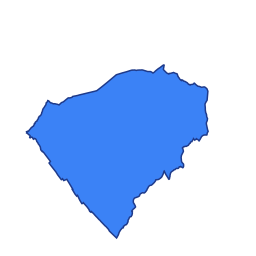 Ungureni, Bacau, Romania, rotated 48°
{"feature_id": "2599482B79247862068373", "entity_name": "Ungureni", "entity_type": "district", "adm_level": 2, "iso_a3": "ROU", "parent_name": "Romania", "parent_adm1": "Bacau", "projection": "robinson", "projection_center": [27.1, 46.557], "detail": "fine", "context": "isolated", "style": "filled", "palette": "blue", "viewbox_px": 256, "rotation_deg": 48, "n_neighbors": 0, "source": "geoboundaries", "source_scale": "gbopen_adm2", "svg_char_len": 5744}
<svg xmlns="http://www.w3.org/2000/svg" viewBox="0 0 256 256"><g transform="rotate(48 128 128)"><path d="M185.9,73.9L184.7,72.4L184.2,70.8L183.5,70.4L182.5,70.0L177.5,67.1L177.2,66.9L176.3,65.9L175.6,64.3L174.2,62.6L172.6,62.1L171.5,61.4L171.2,61.1L170.6,60.7L169.2,60.1L168.5,60.0L168.2,59.7L166.5,58.6L164.4,56.8L163.0,55.8L161.8,54.8L161.4,54.1L161.0,52.9L160.7,52.2L160.4,50.9L160.0,50.3L154.1,44.0L151.6,43.1L150.0,43.3L149.1,43.5L148.7,43.7L148.2,44.2L147.0,46.1L145.5,46.8L144.5,47.4L143.8,48.1L140.8,48.6L139.4,48.6L139.0,48.7L138.9,48.9L139.1,49.6L139.0,50.2L138.6,51.1L137.7,52.3L137.6,52.5L137.6,53.1L136.7,53.3L136.4,53.4L136.1,53.8L135.1,53.7L134.0,53.7L131.8,54.4L131.1,54.7L130.3,55.3L129.4,55.3L128.9,55.4L128.6,55.6L128.7,56.2L128.7,56.3L127.9,56.3L127.9,56.7L127.7,56.7L126.2,56.8L125.1,56.5L124.3,56.6L123.1,56.2L122.6,56.3L122.0,55.8L121.2,55.5L120.7,55.3L120.3,55.4L119.3,56.1L117.2,57.0L117.1,57.3L115.8,59.9L115.5,60.4L115.2,60.6L115.2,61.5L114.5,61.6L114.0,62.1L113.7,62.2L112.9,62.4L109.3,62.6L108.4,62.5L108.1,62.5L107.6,61.9L107.2,61.2L106.7,60.7L105.5,59.1L104.9,59.5L104.7,61.2L104.6,62.7L104.4,65.0L104.2,65.3L104.0,69.2L104.0,69.9L104.1,70.3L104.0,72.2L103.8,72.6L103.5,72.8L102.3,73.0L101.0,73.6L99.2,75.6L94.7,78.3L93.8,79.2L93.1,80.2L92.8,80.4L92.4,80.9L91.3,82.3L90.7,83.4L89.5,84.1L88.8,84.9L88.2,85.8L87.8,86.0L87.2,87.1L85.2,91.5L83.2,95.5L80.6,101.1L80.6,101.7L80.2,113.3L79.8,120.8L79.4,126.2L78.4,128.2L74.7,135.0L70.8,142.2L70.0,143.9L69.6,144.5L68.9,145.8L68.6,146.2L68.2,146.9L67.5,148.1L67.7,149.1L67.3,150.0L66.6,151.3L66.0,151.8L65.6,152.4L65.4,156.0L65.4,157.4L65.3,158.1L65.3,158.6L64.6,160.5L64.7,163.8L63.3,164.5L61.5,165.8L60.9,166.2L60.3,167.0L59.6,167.5L59.1,167.7L58.3,168.0L57.5,168.7L56.2,168.8L55.5,168.7L54.3,169.0L53.9,169.3L54.5,170.1L54.6,172.0L54.8,172.3L55.1,172.5L55.6,173.2L55.9,173.9L56.2,175.4L56.7,176.7L56.7,177.1L56.8,177.9L57.6,179.6L58.3,180.4L58.6,181.2L58.7,181.6L59.4,182.5L60.0,183.7L60.1,184.4L60.1,185.2L60.2,185.5L60.2,185.8L60.0,186.1L60.2,186.6L60.2,187.2L60.4,187.6L60.7,187.9L61.0,188.5L61.3,189.4L61.4,190.0L61.5,190.4L61.8,190.8L61.9,191.1L61.7,191.7L61.7,193.0L61.9,193.6L62.4,194.0L62.2,194.8L62.6,195.0L62.8,195.4L62.9,196.3L63.3,196.7L63.4,197.0L63.0,198.2L63.2,198.6L63.1,199.0L63.2,199.3L63.0,199.8L63.3,201.1L63.5,202.8L63.7,203.5L63.7,203.8L63.5,204.1L63.8,204.2L63.6,205.0L63.4,205.2L63.1,205.4L62.8,205.9L63.0,206.1L63.8,206.2L64.0,206.6L64.2,206.4L65.0,206.3L66.5,206.3L67.2,205.9L68.1,205.9L68.4,206.0L68.8,206.7L69.1,207.3L69.7,207.4L69.8,207.3L70.0,207.0L70.0,206.1L70.4,205.6L71.0,205.4L71.6,205.4L72.2,205.7L73.0,205.8L73.0,205.6L73.1,204.9L73.3,204.8L73.2,204.5L73.4,204.4L73.7,204.4L74.0,204.0L75.0,204.0L75.3,204.1L75.5,204.1L77.0,204.8L78.8,204.9L79.6,205.3L80.8,205.3L83.3,205.8L85.7,207.3L86.4,207.5L88.0,207.5L87.9,207.2L89.1,207.1L90.7,207.1L92.5,207.3L100.9,208.0L101.2,209.5L101.2,210.1L104.0,210.4L112.6,211.0L115.8,211.6L121.8,212.1L122.1,211.1L122.0,210.6L124.1,210.9L125.2,207.8L130.5,208.8L136.5,210.0L136.3,210.5L141.7,211.6L144.3,211.7L144.3,210.6L149.2,212.1L153.3,212.9L153.8,212.1L153.6,211.2L158.8,211.2L161.2,211.4L163.3,211.7L163.3,211.9L164.2,212.2L164.7,212.1L165.2,212.1L165.5,212.0L165.8,211.9L165.6,211.1L167.0,211.0L168.1,210.9L168.5,210.8L169.4,210.9L172.4,210.9L173.8,210.8L175.4,210.8L176.8,210.8L178.0,210.6L179.1,210.7L185.6,210.5L186.3,210.3L189.9,210.3L191.0,210.5L192.2,210.8L202.1,210.1L201.7,208.7L201.4,208.3L201.3,207.5L200.9,206.7L200.4,205.6L199.7,204.6L199.1,202.7L198.8,201.7L198.5,199.5L198.6,199.1L199.0,198.2L198.0,197.2L198.2,196.5L198.2,194.6L198.7,194.0L198.5,192.7L198.3,192.1L197.9,191.6L197.8,190.8L197.4,190.5L197.1,190.1L196.9,190.0L196.4,189.3L196.2,188.3L195.8,187.6L195.4,186.6L195.5,185.7L195.8,185.2L195.9,184.9L195.8,184.5L195.6,184.1L195.4,183.3L194.9,182.7L194.5,182.0L194.1,181.8L193.8,181.6L193.3,180.8L192.9,180.7L192.5,180.9L192.2,180.6L192.0,180.2L192.0,179.3L191.9,179.0L191.8,178.3L191.9,177.6L191.8,177.4L191.9,177.1L191.9,176.7L191.7,175.2L191.0,174.9L190.0,174.5L189.2,174.4L188.8,174.2L187.7,174.1L186.7,173.7L185.6,172.7L185.1,172.1L184.8,171.5L184.4,170.1L185.9,166.4L186.1,165.3L186.1,164.9L185.3,163.5L185.3,162.3L185.8,160.5L186.4,160.0L186.9,159.7L187.1,159.5L187.3,158.4L187.2,158.0L187.1,156.9L186.8,156.1L186.8,155.6L186.2,154.6L186.1,154.0L185.4,152.2L185.2,150.5L186.1,148.9L186.2,148.3L186.2,146.7L186.1,144.9L185.7,143.0L185.1,142.2L185.2,141.8L185.4,141.8L186.0,140.7L186.3,140.4L186.6,139.8L186.8,139.2L187.0,137.5L187.0,136.0L186.9,135.5L186.3,133.9L185.9,133.1L185.7,132.5L185.2,131.8L185.1,131.5L184.2,130.1L184.2,129.9L187.9,131.0L192.2,131.7L193.1,132.0L193.5,131.9L193.6,131.5L193.5,131.1L193.0,130.7L192.1,129.2L191.7,129.0L190.9,127.8L190.5,127.4L189.8,126.0L189.7,125.7L189.7,124.8L189.7,124.2L190.0,122.3L189.8,121.9L189.9,121.5L190.2,121.1L190.4,120.8L190.3,119.9L190.4,119.2L190.5,119.0L191.5,117.9L191.6,117.6L191.6,117.1L191.2,115.8L191.8,115.3L191.7,115.1L191.8,114.6L194.0,114.0L194.2,113.8L194.1,113.1L193.6,112.2L192.3,111.1L191.9,110.9L189.9,110.9L188.9,110.7L187.8,110.0L186.8,109.2L185.6,108.4L184.8,107.4L184.4,107.1L183.6,105.4L183.5,105.0L183.0,103.8L182.8,103.2L182.3,102.3L180.6,101.4L180.1,101.1L179.3,101.0L179.1,100.6L179.2,100.0L179.2,99.0L179.6,98.7L179.8,97.8L180.5,97.2L180.8,96.5L180.9,95.6L181.1,95.3L181.1,95.0L181.2,94.6L180.8,93.1L180.7,92.8L180.9,92.1L180.7,91.5L180.4,91.1L180.4,90.9L180.4,90.5L180.9,89.6L180.4,88.6L180.1,86.9L179.8,86.5L181.7,86.5L181.7,85.4L181.9,84.8L181.8,84.4L182.5,84.4L182.6,84.1L183.7,83.8L184.5,83.7L184.8,83.8L185.1,83.8L185.0,83.3L184.6,81.8L184.0,80.2L183.6,78.8L183.7,77.5L183.8,76.9L184.4,75.8L185.9,74.1L185.9,73.9Z" fill="#3b82f6" stroke="#1e3a8a" stroke-width="1.5"/></g></svg>